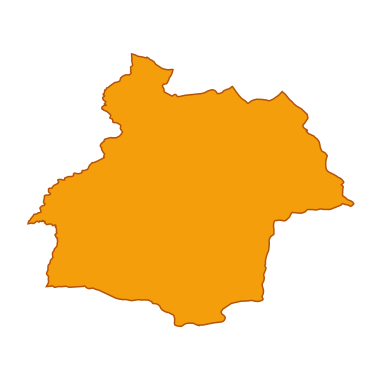 outline of Gachetá, Cundinamarca, Colombia, rotated 93°
{"feature_id": "7082276B90187187212426", "entity_name": "Gachetá", "entity_type": "district", "adm_level": 2, "iso_a3": "COL", "parent_name": "Colombia", "parent_adm1": "Cundinamarca", "projection": "equal_earth", "projection_center": [-73.63, 4.871], "detail": "fine", "context": "isolated", "style": "filled", "palette": "amber", "viewbox_px": 384, "rotation_deg": 93, "n_neighbors": 0, "source": "geoboundaries", "source_scale": "gbopen_adm2", "svg_char_len": 5957}
<svg xmlns="http://www.w3.org/2000/svg" viewBox="0 0 384 384"><g transform="rotate(93 192 192)"><path d="M297.0,117.4L296.0,115.7L295.1,115.4L293.4,116.4L292.6,116.6L289.6,115.5L286.6,115.4L281.6,117.0L280.0,117.0L277.0,115.7L274.5,115.3L273.6,115.3L272.2,115.9L270.6,116.1L264.9,114.2L263.7,114.2L262.0,115.3L261.3,115.3L260.0,114.8L258.4,115.1L255.3,114.9L250.5,113.9L246.3,112.4L240.1,112.1L235.9,112.5L232.9,111.4L231.9,110.5L230.3,108.4L229.7,108.0L224.6,108.3L222.3,108.8L218.8,108.8L216.6,108.0L216.1,107.0L216.0,105.5L215.5,103.7L215.6,101.2L216.0,99.4L215.9,97.9L215.2,96.5L212.0,93.4L208.1,91.7L207.2,90.9L207.5,83.2L207.2,80.7L205.7,77.7L204.1,76.5L203.6,76.0L203.5,75.4L203.2,70.4L203.5,68.3L203.3,66.3L202.1,62.8L202.5,60.5L202.3,53.9L201.8,52.3L198.0,44.0L197.1,42.3L196.0,41.6L195.7,41.0L196.4,38.6L196.7,36.0L198.0,32.8L197.0,31.1L195.6,29.9L195.1,29.9L193.7,31.0L192.8,32.4L191.4,36.5L189.6,38.4L188.1,41.0L187.3,41.5L180.5,41.6L179.1,41.2L178.0,41.8L177.4,43.0L177.0,43.3L175.0,41.3L174.5,41.0L173.9,41.1L172.7,42.0L171.2,43.6L170.3,45.1L169.6,47.0L168.2,49.1L167.0,51.6L164.6,57.0L162.8,58.8L159.9,59.7L155.6,60.0L152.6,59.8L148.6,58.8L146.3,60.8L145.6,61.7L144.6,64.2L143.4,65.0L141.2,66.1L137.3,67.0L134.8,67.9L132.4,70.0L130.8,72.3L129.6,73.5L127.7,78.4L126.6,79.9L125.0,81.1L124.7,80.8L124.7,80.2L124.1,80.2L122.6,83.0L121.4,84.3L120.1,84.7L118.9,84.5L117.9,83.5L112.5,80.2L110.6,80.4L109.3,81.0L108.5,81.0L103.3,87.0L100.6,92.3L98.8,94.7L96.2,97.3L94.4,99.6L89.8,103.7L87.0,107.2L90.3,110.0L91.7,111.6L94.9,115.7L96.7,119.1L96.8,120.2L96.3,122.6L95.9,126.9L96.0,132.4L96.6,134.4L97.5,136.7L98.7,138.5L100.2,140.0L100.6,141.0L98.7,142.9L95.8,147.6L92.4,150.9L84.6,157.1L85.1,158.2L86.2,159.2L87.3,161.0L87.6,162.4L89.5,166.0L90.7,166.6L92.1,169.3L92.4,171.8L90.1,173.6L89.1,175.3L88.8,177.4L90.1,181.1L92.3,184.9L93.2,187.6L95.8,204.0L97.5,210.2L97.4,211.6L95.8,213.0L95.4,214.2L95.5,214.7L97.1,216.5L97.2,217.1L93.4,225.2L92.0,225.2L90.4,225.5L87.9,227.1L86.7,226.8L85.9,225.9L85.3,223.5L84.6,222.6L81.4,221.2L79.4,220.7L76.2,218.8L73.8,218.0L70.8,217.4L70.6,218.4L71.1,220.7L71.2,223.0L70.7,226.3L70.2,228.1L69.5,229.7L68.7,230.8L66.4,234.9L64.2,236.5L62.8,238.5L61.8,241.0L60.6,242.4L60.2,243.2L60.4,243.1L60.4,245.5L59.7,248.9L59.3,253.1L58.1,255.7L57.2,259.5L59.6,259.4L61.4,259.0L63.6,259.1L68.4,257.9L69.1,258.2L70.3,259.7L70.7,259.9L73.3,259.4L75.1,259.6L76.0,259.0L76.5,259.1L78.2,260.4L78.6,264.8L80.2,267.5L81.8,269.2L84.6,269.8L85.2,270.3L86.4,273.1L86.7,274.9L90.8,280.0L91.9,280.9L92.6,282.7L94.5,283.4L95.0,283.8L94.9,284.5L95.1,284.5L98.4,284.8L98.9,285.4L98.7,285.7L98.8,285.9L100.1,285.3L100.7,284.3L102.2,286.0L102.7,285.8L103.2,286.1L104.4,285.6L106.5,282.8L107.1,283.3L108.2,283.5L109.0,284.6L108.7,283.3L109.9,282.5L110.2,284.3L111.8,286.3L112.7,286.4L113.5,285.9L113.7,286.2L114.1,285.8L114.1,285.3L114.9,284.3L114.9,284.8L115.2,283.5L116.1,281.2L119.0,277.5L120.1,277.2L122.3,277.9L122.6,277.5L123.4,275.4L124.5,274.9L126.3,274.7L126.8,273.5L126.7,271.0L128.9,266.8L129.7,266.6L132.2,266.9L133.0,266.6L135.7,264.5L137.3,265.5L138.0,265.6L138.7,266.4L139.8,267.1L141.9,270.7L142.0,273.4L141.9,275.8L143.4,280.8L144.2,282.2L146.4,282.7L147.1,283.9L149.2,285.7L150.7,286.0L151.5,285.7L152.4,284.7L153.9,284.6L157.0,282.8L158.6,281.3L160.2,281.8L161.9,282.0L162.1,281.6L162.6,282.1L166.0,287.9L167.8,291.7L167.9,293.2L170.9,295.8L173.8,296.9L174.8,297.5L176.0,300.0L176.3,302.7L177.2,302.9L178.1,302.8L178.9,303.8L179.7,306.2L179.7,307.4L179.3,309.9L179.3,310.5L180.2,311.3L181.6,311.2L182.2,311.5L182.8,312.9L183.1,316.3L184.4,319.3L184.8,319.8L186.0,319.8L187.0,320.4L186.6,321.5L186.4,322.5L186.4,325.3L186.7,326.4L187.4,326.6L188.9,325.7L189.4,325.8L189.8,326.3L190.4,326.3L192.6,330.2L193.5,331.0L195.5,332.1L195.7,334.6L196.4,335.4L199.1,335.3L200.0,334.7L200.7,333.4L201.5,333.3L202.0,333.8L202.8,336.1L202.6,337.2L203.1,338.7L203.7,339.2L205.7,339.1L210.0,339.8L210.8,339.3L211.6,338.1L211.9,338.1L212.8,338.7L213.8,341.1L215.4,342.8L216.2,343.0L218.3,342.1L219.8,341.7L220.1,341.9L220.5,342.8L220.8,344.5L222.0,345.8L222.6,348.6L224.1,349.4L227.3,351.7L228.4,352.1L229.7,353.6L232.3,354.1L231.4,350.4L231.8,348.9L231.5,348.0L229.6,345.9L229.4,344.7L230.1,343.2L229.1,342.9L229.3,340.4L228.2,339.8L228.4,339.4L229.1,339.0L228.9,338.3L229.0,337.5L229.8,337.1L230.5,337.5L231.1,336.4L232.1,335.8L232.0,334.3L231.4,332.8L231.4,331.5L231.7,330.3L232.8,329.5L232.8,328.8L232.4,328.1L232.2,326.7L233.0,326.0L233.5,326.6L233.9,326.7L235.0,325.7L237.5,325.2L238.9,325.4L240.1,324.8L241.5,326.4L242.2,326.6L243.0,325.7L243.7,325.7L245.0,324.7L245.3,323.8L245.9,324.1L247.0,324.0L248.0,323.6L251.1,324.0L252.3,323.8L253.4,324.2L256.2,326.5L257.3,326.4L258.3,327.2L260.1,328.1L261.5,328.1L264.8,327.5L267.5,329.7L271.0,330.3L272.2,331.5L273.6,331.9L277.5,331.8L280.8,333.0L282.1,332.6L282.6,331.9L283.8,331.0L285.0,330.8L286.2,331.0L288.2,330.6L290.4,330.7L294.1,332.5L293.5,328.2L292.8,327.2L293.2,326.7L293.5,325.7L294.2,324.6L294.4,324.0L293.5,320.8L293.3,316.6L292.8,313.6L292.8,312.5L293.5,310.0L293.5,309.0L292.0,295.7L291.5,294.6L291.7,293.8L292.9,292.6L293.7,290.9L293.9,289.7L293.1,286.0L294.3,282.9L294.8,280.2L301.3,264.2L302.0,262.5L302.7,259.1L303.1,255.3L302.8,252.3L303.7,246.6L302.3,239.9L302.5,236.3L302.3,235.0L302.2,230.6L302.1,230.2L303.7,226.4L304.7,226.0L305.4,225.2L305.5,221.8L306.5,219.5L307.8,218.1L309.8,217.0L311.4,215.5L312.9,212.6L313.4,210.8L313.7,208.7L314.4,207.5L315.5,204.8L316.3,203.7L318.6,202.9L320.6,202.6L324.0,202.7L325.4,202.3L326.3,200.7L326.8,196.6L326.4,195.0L324.6,192.8L323.6,190.9L323.4,189.9L323.0,186.8L323.0,184.2L323.3,182.9L324.5,180.3L325.0,178.0L324.6,178.0L324.2,173.8L321.6,163.7L320.2,155.9L319.7,154.4L318.3,153.0L316.5,152.3L315.5,152.3L314.8,152.6L313.5,153.9L312.1,156.0L310.6,156.6L309.7,156.6L307.1,154.8L301.2,146.9L298.5,137.4L297.8,130.1L297.1,127.1L297.8,122.8L297.9,120.2L297.0,117.4Z" fill="#f59e0b" stroke="#b45309" stroke-width="1.5"/></g></svg>